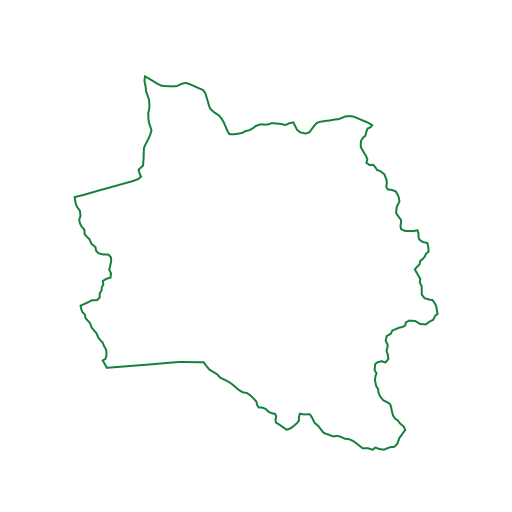 outline of Cachoeiras de Macacu, Rio de Janeiro, Brazil, rotated 105°
{"feature_id": "56859067B22364453208609", "entity_name": "Cachoeiras de Macacu", "entity_type": "district", "adm_level": 2, "iso_a3": "BRA", "parent_name": "Brazil", "parent_adm1": "Rio de Janeiro", "projection": "equal_earth", "projection_center": [-42.734, -22.52], "detail": "fine", "context": "isolated", "style": "outline", "palette": "green", "viewbox_px": 512, "rotation_deg": 105, "n_neighbors": 0, "source": "geoboundaries", "source_scale": "gbopen_adm2", "svg_char_len": 4143}
<svg xmlns="http://www.w3.org/2000/svg" viewBox="0 0 512 512"><g transform="rotate(105 256 256)"><path d="M415.9,181.5L413.6,178.1L409.9,175.2L406.7,173.1L403.9,171.9L400.9,172.8L397.0,172.8L396.6,168.6L395.0,163.2L397.0,160.6L399.3,158.6L402.1,156.1L404.3,151.4L406.8,148.4L409.3,144.9L409.7,140.9L410.3,134.5L408.7,131.1L408.7,127.3L409.5,122.8L408.8,118.3L409.8,113.5L412.2,107.8L414.1,103.2L412.7,98.0L412.9,93.0L410.2,91.3L410.5,86.1L409.9,82.2L408.0,79.8L405.8,76.6L404.6,73.1L401.1,71.0L397.8,70.6L394.7,70.5L392.0,69.3L388.5,68.1L385.5,66.8L382.6,69.1L380.3,73.8L378.1,76.4L377.1,79.6L374.5,82.5L370.5,84.7L366.7,86.5L364.2,88.4L363.1,92.4L362.4,95.8L359.5,99.8L355.9,102.5L352.9,103.6L350.7,106.1L348.3,107.4L345.1,109.0L341.1,109.5L337.9,109.3L335.8,111.8L332.1,112.5L329.4,112.9L327.0,110.9L325.1,107.4L325.4,103.4L321.2,101.5L317.1,103.2L313.7,105.4L310.8,105.4L307.9,105.7L304.2,108.8L299.6,109.0L296.2,105.7L292.7,105.0L290.6,102.3L288.2,99.2L286.6,96.0L284.3,93.8L281.5,94.2L278.8,91.4L277.6,85.5L279.2,79.8L278.1,74.2L274.6,71.5L271.8,68.4L267.2,67.4L264.9,65.6L260.6,67.7L257.3,69.2L254.8,71.7L252.9,74.2L253.3,77.6L253.1,82.3L250.4,85.9L246.3,87.0L242.1,88.3L239.3,90.9L235.5,91.4L231.7,95.3L227.9,99.1L224.6,97.6L221.8,95.8L218.2,96.1L215.8,94.2L212.8,92.8L209.8,92.4L207.0,90.4L202.8,91.9L199.1,93.8L199.3,98.7L197.7,102.7L195.0,104.1L192.0,105.0L189.4,106.6L191.3,110.8L192.5,115.4L193.2,118.9L192.5,122.8L190.2,124.0L187.6,124.5L183.8,125.0L181.5,128.0L178.3,131.8L174.2,132.5L171.7,132.7L169.2,132.2L166.1,131.6L162.7,133.1L160.3,134.9L157.5,137.7L157.0,141.9L157.6,146.0L155.3,148.2L151.8,148.4L148.5,149.8L143.8,153.2L141.9,157.7L141.6,161.3L139.4,163.7L137.5,166.4L138.8,169.6L137.4,173.5L133.8,173.5L130.9,175.6L127.8,178.9L123.8,182.9L120.3,183.9L117.3,184.3L114.2,183.3L111.5,181.5L107.3,181.6L103.8,181.1L102.1,178.7L99.5,177.7L98.1,182.7L97.4,188.5L96.6,193.7L96.1,198.0L96.7,201.8L97.9,205.6L100.3,208.7L102.4,211.5L104.0,215.8L105.8,219.3L107.2,223.0L109.5,228.2L111.5,231.5L114.8,233.3L119.0,235.0L122.9,236.6L124.9,239.9L125.1,245.3L123.5,249.0L120.1,252.0L117.3,254.5L119.2,258.3L121.9,261.5L122.0,266.2L122.8,270.9L123.6,275.2L125.5,277.9L126.7,280.8L127.7,285.8L130.4,289.8L133.4,292.1L136.2,295.0L138.2,298.7L140.8,301.3L142.8,305.6L144.5,309.9L145.2,313.3L142.8,315.8L140.0,318.0L137.7,319.8L135.1,321.9L132.5,324.5L129.9,328.0L127.9,333.9L125.5,338.5L122.3,340.7L118.9,342.7L115.6,344.8L111.8,347.0L109.4,350.0L108.7,355.0L107.8,360.3L107.3,363.5L106.9,368.5L109.0,372.5L112.5,376.6L113.8,380.8L114.9,385.4L116.0,391.2L115.2,395.5L113.8,400.4L112.5,404.7L111.3,409.7L115.3,409.2L117.7,408.1L121.2,406.4L125.7,404.6L130.1,401.5L133.3,399.5L139.1,397.7L142.7,397.1L145.8,397.1L148.7,396.2L151.4,395.4L154.0,394.3L156.3,393.0L159.0,391.2L161.9,389.4L166.4,389.6L170.9,390.3L173.6,390.9L176.9,391.6L180.4,392.2L185.2,391.2L188.7,390.3L191.9,389.6L194.5,389.2L197.8,388.5L203.0,391.7L205.4,390.5L209.2,387.6L212.1,389.6L215.2,393.9L222.2,405.7L227.9,415.3L231.0,420.7L232.9,423.9L241.4,438.0L246.1,446.4L249.7,444.8L252.8,443.2L254.9,441.5L257.9,437.8L262.6,435.9L266.4,436.2L269.5,434.9L272.6,432.2L275.2,428.4L279.0,427.4L280.9,424.9L282.9,421.2L286.7,418.2L289.1,413.3L292.2,411.9L294.1,409.0L294.1,404.1L292.8,399.0L294.7,395.9L298.2,394.6L303.4,394.3L307.2,394.3L310.2,391.6L314.5,390.9L316.7,394.5L319.7,397.5L323.1,396.1L326.2,396.8L329.2,396.3L332.6,397.3L336.7,396.2L339.8,398.2L341.3,403.2L344.6,406.7L347.0,409.7L349.4,412.6L352.4,411.1L355.1,409.2L356.7,406.4L360.4,404.3L363.7,399.0L367.6,396.3L369.7,393.4L372.0,390.0L375.2,387.6L377.4,384.9L379.1,381.9L382.3,379.5L385.1,376.7L387.5,375.6L391.1,374.7L394.2,374.8L396.6,377.0L399.7,373.9L402.6,371.1L388.4,331.0L384.1,319.1L378.2,302.7L372.2,279.0L375.3,275.2L377.9,271.4L378.8,268.3L380.2,263.1L382.8,259.0L383.7,254.0L384.9,249.0L386.1,245.8L387.5,242.8L389.6,238.5L391.1,233.6L390.7,229.1L392.1,225.4L394.6,220.9L396.7,217.8L399.4,216.6L401.6,214.2L400.8,210.8L401.2,207.1L403.2,203.8L403.8,200.0L403.6,196.6L405.8,194.9L409.1,194.8L411.7,193.7L412.9,189.7L414.3,185.8L415.9,181.5Z" fill="none" stroke="#15803d" stroke-width="2"/></g></svg>